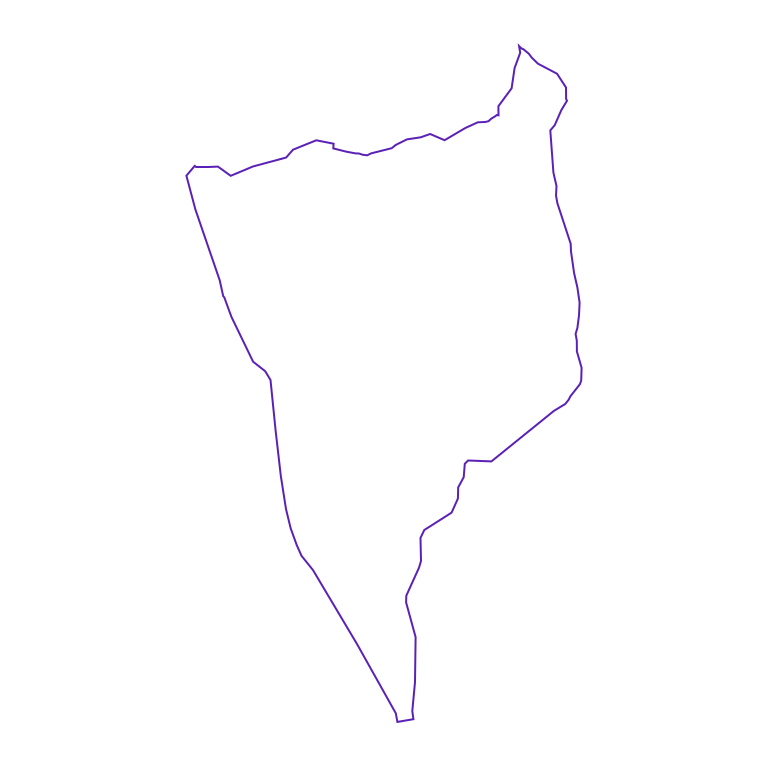 outline of Santo Domingo Albarradas, Oaxaca, Mexico
{"feature_id": "50627088B23410005526234", "entity_name": "Santo Domingo Albarradas", "entity_type": "district", "adm_level": 2, "iso_a3": "MEX", "parent_name": "Mexico", "parent_adm1": "Oaxaca", "projection": "natural_earth1", "projection_center": [-96.205, 17.064], "detail": "fine", "context": "isolated", "style": "outline", "palette": "violet", "viewbox_px": 768, "rotation_deg": 0, "n_neighbors": 0, "source": "geoboundaries", "source_scale": "gbopen_adm2", "svg_char_len": 1434}
<svg xmlns="http://www.w3.org/2000/svg" viewBox="0 0 768 768"><path d="M519.1,46.1L520.2,52.8L514.6,68.0L511.6,88.3L498.4,106.2L498.5,115.3L496.9,115.0L494.4,116.8L491.2,118.7L488.5,121.2L485.2,122.0L477.8,122.3L465.3,128.0L444.6,140.2L430.1,134.0L420.7,137.3L406.9,139.4L395.8,144.9L391.7,148.2L371.0,153.4L367.2,155.3L362.9,154.8L358.9,153.5L355.5,153.4L346.0,151.6L333.3,148.4L333.6,143.7L316.3,140.3L306.3,144.3L293.0,149.7L286.2,157.5L252.9,166.5L230.7,175.8L217.9,166.6L208.3,167.0L196.0,167.0L194.7,165.9L186.4,175.7L195.4,209.5L219.7,280.3L223.2,296.1L224.3,297.4L231.4,316.8L253.1,361.7L265.2,371.2L270.5,380.0L275.7,431.4L280.8,475.8L286.0,509.1L290.7,528.4L296.7,545.0L301.5,555.8L313.0,570.1L357.1,644.2L385.9,695.6L386.3,696.4L386.4,696.5L395.8,713.3L397.4,721.9L413.4,719.2L412.3,711.1L415.0,682.1L415.6,637.1L406.1,602.4L406.3,595.7L419.0,567.7L421.0,561.0L420.5,537.9L424.3,530.0L451.6,512.6L457.9,498.6L458.2,487.4L463.7,477.2L464.8,463.8L468.1,460.5L491.4,461.4L554.0,410.8L565.2,404.0L568.7,399.7L570.4,396.3L579.9,384.2L581.2,380.6L581.6,367.8L576.9,351.5L576.8,340.7L575.6,333.9L577.4,327.9L579.0,315.5L579.6,302.6L577.4,287.6L574.1,273.1L571.0,251.5L570.7,243.8L557.4,203.3L556.0,195.6L556.5,186.1L553.4,172.5L550.3,130.4L554.7,125.2L561.3,110.2L567.0,100.7L566.1,98.9L566.0,87.5L557.1,73.8L538.0,63.7L531.8,57.7L528.8,53.7L523.5,49.3L521.4,48.4L519.1,46.1Z" fill="none" stroke="#5b21b6" stroke-width="2"/></svg>